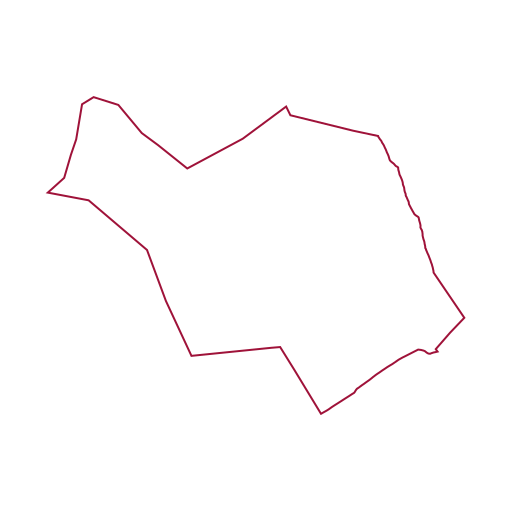 the district of Altanshiree, Dornogovi, Mongolia, rotated 275°
{"feature_id": "93677404B41959814318318", "entity_name": "Altanshiree", "entity_type": "district", "adm_level": 2, "iso_a3": "MNG", "parent_name": "Mongolia", "parent_adm1": "Dornogovi", "projection": "mercator", "projection_center": [110.515, 45.523], "detail": "fine", "context": "isolated", "style": "outline", "palette": "rose", "viewbox_px": 512, "rotation_deg": 275, "n_neighbors": 0, "source": "geoboundaries", "source_scale": "gbopen_adm2", "svg_char_len": 3183}
<svg xmlns="http://www.w3.org/2000/svg" viewBox="0 0 512 512"><g transform="rotate(275 256 256)"><path d="M104.5,334.5L108.1,339.8L109.6,341.8L112.1,344.7L113.9,347.0L115.5,349.1L118.8,353.4L120.6,355.7L122.9,358.7L124.5,360.8L126.8,363.7L127.9,365.2L128.3,365.7L128.9,366.1L129.7,366.5L131.3,367.3L132.6,368.2L133.6,369.5L136.6,372.9L137.8,374.4L139.9,376.8L141.4,378.6L142.6,380.0L144.4,381.9L145.7,383.2L146.3,383.9L147.8,385.5L149.4,387.4L150.4,388.7L151.4,389.9L153.1,391.9L154.2,393.3L155.0,394.3L155.9,395.4L156.8,396.5L159.0,399.5L160.2,401.2L165.1,407.1L167.7,410.9L168.9,412.9L174.4,421.7L176.9,425.7L176.8,428.6L176.4,431.0L176.0,432.4L174.8,434.2L174.4,434.9L174.0,435.8L173.8,436.6L173.8,437.2L173.8,438.0L174.4,439.1L175.4,441.4L175.8,442.9L176.6,445.2L178.9,443.2L196.6,456.1L212.6,468.9L254.9,434.4L256.9,434.0L258.1,433.6L260.1,433.0L261.8,432.3L262.5,432.1L263.2,431.8L265.0,430.9L266.3,430.4L267.4,429.9L270.0,428.6L271.5,427.9L273.9,426.5L274.9,426.0L276.4,425.2L276.9,424.9L277.1,424.8L277.3,424.8L277.5,424.8L277.6,424.7L278.2,424.3L278.7,424.0L278.8,423.9L279.9,423.8L280.7,423.6L281.8,423.3L282.5,423.0L283.0,422.9L283.4,422.8L283.9,422.7L285.0,422.4L286.2,421.9L287.2,421.4L288.4,421.0L289.8,420.5L290.5,420.3L291.3,420.1L291.9,420.1L292.5,420.0L293.1,419.9L293.9,419.7L294.6,419.6L295.5,419.2L296.3,418.9L297.0,418.4L297.5,418.0L297.9,417.8L298.4,417.5L298.8,417.3L299.4,417.3L300.9,417.2L301.5,417.0L302.2,416.8L303.1,416.5L304.8,415.8L305.4,415.6L305.8,415.4L306.5,415.3L307.3,415.0L308.1,414.8L308.6,414.6L309.0,414.2L309.2,413.9L310.3,411.8L311.0,410.8L311.5,410.2L311.9,409.8L312.3,409.6L313.2,409.0L314.0,408.4L315.2,407.6L316.4,406.8L317.4,406.1L318.1,405.7L318.7,405.3L319.3,404.9L319.8,404.6L320.3,404.3L320.6,404.1L320.9,403.9L321.2,403.8L321.6,403.7L322.4,403.6L323.0,403.4L323.4,403.3L323.8,403.0L324.2,402.9L324.4,402.7L324.9,402.4L325.6,402.0L326.4,401.6L327.5,401.0L328.1,400.7L328.5,400.3L329.0,400.1L329.4,399.9L329.8,399.8L330.1,399.8L330.7,399.7L331.2,399.5L331.8,399.2L332.4,398.9L333.0,398.6L333.6,398.4L334.6,398.1L337.0,397.6L337.9,397.2L338.4,396.9L339.1,396.6L339.8,396.2L340.2,396.1L340.6,396.0L341.4,395.9L342.4,395.6L343.2,395.3L344.2,394.9L345.4,394.3L347.8,393.0L349.4,392.0L349.9,391.8L350.5,391.6L351.2,391.4L351.6,391.3L352.0,391.2L352.6,390.9L353.0,390.8L353.4,390.6L354.2,390.3L355.2,390.1L355.7,390.0L356.0,390.0L356.4,389.9L356.6,389.8L356.8,389.6L357.0,389.3L357.3,388.7L357.6,387.9L357.9,387.4L358.3,386.9L359.6,385.6L360.4,384.6L360.8,383.8L361.5,382.9L361.9,382.2L362.6,381.5L362.9,381.1L363.5,380.8L364.1,380.5L365.4,380.0L367.0,379.4L369.1,378.3L370.7,377.3L371.4,377.0L372.4,376.5L373.6,375.9L375.0,375.0L376.3,374.3L377.4,373.7L378.2,373.1L379.0,372.5L379.8,371.8L380.5,371.4L380.9,371.2L381.4,370.9L382.0,370.4L382.5,369.9L383.1,369.3L384.0,368.6L384.8,368.0L385.5,367.4L385.9,367.1L386.2,367.1L389.3,341.7L399.2,278.0L407.5,273.0L371.7,232.6L337.2,179.9L357.9,148.8L368.5,131.5L394.5,105.7L400.1,80.4L392.0,69.5L356.5,66.7L340.7,62.8L317.1,58.1L301.0,43.1L296.9,84.4L252.5,146.9L203.3,170.2L150.9,200.4L165.9,279.3L167.4,288.0L145.8,304.2L104.5,334.5Z" fill="none" stroke="#9f1239" stroke-width="2"/></g></svg>